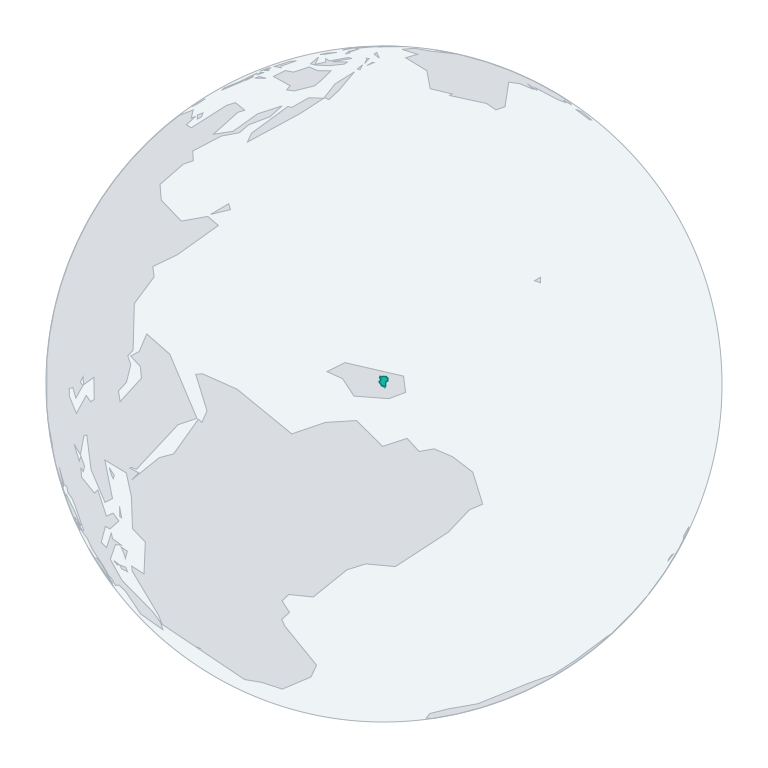 globe centered on Haute Matsiatra, rotated 264°
{"feature_id": "MDG-5873", "entity_name": "Haute Matsiatra", "entity_type": "Autonomous Province", "adm_level": 1, "iso_a3": "MDG", "parent_name": "Madagascar", "parent_adm1": "", "projection": "orthographic", "projection_center": [46.02, -21.511], "detail": "fine", "context": "on_globe", "style": "filled", "palette": "teal", "viewbox_px": 768, "rotation_deg": 264, "n_neighbors": 0, "source": "natural_earth", "source_scale": "10m", "svg_char_len": 6733}
<svg xmlns="http://www.w3.org/2000/svg" viewBox="0 0 768 768"><g transform="rotate(264 384 384)"><circle cx="384" cy="384" r="338" fill="#eef3f6" stroke="#a8b0b8"/><path d="M46.3,396.5L47.3,391.1L51.5,395.2L54.2,414.3L56.2,443.9L71.0,495.4L78.1,523.5L88.6,544.2L109.3,579.1L112.4,585.0L120.5,594.7L129.6,606.1L134.1,611.5L142.6,620.4L144.7,622.6L127.5,604.0L111.8,584.3L97.6,563.4L85.1,541.6L74.1,518.8L64.9,495.3L57.5,471.2L51.9,446.6L48.2,421.7L46.3,396.5ZM147.5,625.3L149.4,627.1L166.7,642.8L174.9,649.1L190.4,660.7L195.7,663.9L197.4,665.3L202.2,668.5L206.4,671.0L206.6,671.6L185.8,657.7L166.0,642.2L147.5,625.3ZM209.9,672.1L208.4,672.7L207.5,671.7L197.6,665.2L201.8,666.3L209.9,672.1ZM184.6,653.9L178.6,648.2L179.9,648.5L184.3,652.6L184.6,653.9ZM368.0,46.5L372.8,46.3L365.7,46.8L354.2,47.5L360.7,47.9L362.2,47.3L367.7,47.2L374.8,46.4L379.0,46.4L378.5,46.1L380.3,46.1L384.5,46.1L384.8,46.3L396.8,46.3L441.9,51.1L444.7,51.6L444.8,51.6L468.4,56.8L491.7,63.7L514.4,72.2L536.4,82.4L557.6,94.1L578.0,107.3L597.3,121.9L615.6,137.9L632.6,155.1L648.4,173.6L649.2,174.6L662.9,193.1L672.5,208.3L676.5,222.9L668.6,220.1L669.8,224.6L662.5,214.5L659.0,219.2L677.7,256.9L679.3,265.7L670.8,274.1L669.5,267.1L650.2,240.4L651.1,260.3L665.9,286.5L671.2,311.6L661.7,298.5L655.9,276.4L649.0,266.3L647.6,248.1L635.7,218.1L626.0,217.7L623.7,207.4L605.9,182.1L590.1,181.7L567.2,199.4L569.1,226.2L559.0,235.8L534.1,191.8L525.0,166.3L514.7,166.6L490.1,144.1L444.0,138.0L438.7,132.1L429.7,134.2L412.6,128.0L404.9,119.2L394.0,119.7L415.1,143.4L426.9,143.5L438.3,135.0L441.9,143.9L458.5,153.3L435.9,174.1L369.4,194.4L365.0,174.8L325.1,128.9L327.5,123.9L327.4,123.4L327.0,122.4L321.3,130.8L315.1,123.1L334.2,152.8L336.5,167.5L368.4,195.7L364.9,198.9L375.8,205.2L413.3,197.8L413.1,204.6L394.1,237.4L344.0,287.0L351.9,321.6L350.5,352.8L322.1,376.1L327.5,401.3L313.2,411.9L314.3,427.0L304.5,444.6L287.0,463.1L254.2,469.6L249.9,455.7L229.9,432.4L201.2,376.2L207.0,347.2L203.1,327.8L179.6,291.4L184.6,267.3L178.9,259.9L166.8,266.1L160.6,257.7L153.5,260.1L111.4,287.5L100.3,280.8L91.2,250.9L100.0,231.3L104.6,214.6L168.1,138.3L178.1,135.4L224.2,114.1L229.3,114.0L220.2,125.5L251.8,130.1L266.4,118.8L298.7,121.0L322.5,118.4L337.6,98.4L298.5,102.0L295.4,94.2L329.6,83.7L364.3,83.1L364.2,80.2L345.4,74.7L356.5,69.6L339.2,72.8L343.9,75.1L333.2,77.6L328.3,75.7L332.4,73.7L322.8,73.5L305.7,84.7L308.6,88.3L281.6,94.1L283.9,101.0L275.4,106.0L268.5,96.3L271.5,92.0L256.0,86.2L250.3,91.0L264.6,97.3L258.7,97.7L251.2,105.9L252.3,100.1L238.2,93.5L215.9,103.0L182.1,129.9L170.2,136.9L162.8,138.4L180.6,118.1L205.1,105.2L211.8,99.3L211.6,96.0L219.0,92.8L222.0,90.4L231.7,86.2L250.0,76.7L260.6,73.1L272.4,66.6L279.4,64.3L270.4,68.4L269.9,70.0L296.7,63.7L303.2,61.6L308.7,58.4L315.4,57.7L317.3,55.4L334.9,52.4L314.9,54.7L320.8,52.5L333.9,50.0L332.3,50.1L310.9,54.5L305.7,56.1L306.9,56.6L289.4,63.3L279.2,66.3L283.9,62.1L270.0,66.5L279.8,62.6L284.6,61.0L312.0,53.8L339.9,49.0L368.0,46.5ZM142.4,169.6L139.8,174.6L142.4,169.6ZM398.9,94.2L421.0,96.2L414.7,85.2L422.7,85.4L417.6,82.1L414.1,84.5L402.2,76.0L413.1,74.1L412.3,70.5L404.8,69.8L386.8,75.0L403.7,86.6L397.0,90.5L398.9,94.2ZM228.5,84.0L230.2,83.3L224.2,86.7L210.8,94.0L219.4,88.9L228.5,84.0ZM246.6,75.3L251.2,73.3L244.9,76.0L249.8,74.0L241.0,78.1L241.0,80.1L235.7,83.5L213.9,93.5L223.9,88.0L221.6,88.6L234.1,81.9L242.0,77.4L246.6,75.3ZM237.5,108.6L241.9,107.8L249.3,105.6L244.6,111.2L237.5,108.6ZM227.4,104.1L231.7,102.2L228.7,108.0L224.2,109.3L227.4,104.1ZM236.6,96.8L232.1,101.7L231.8,99.8L236.6,96.8ZM274.7,67.0L279.6,65.5L279.1,66.1L275.3,67.8L274.7,67.0ZM329.5,102.0L321.2,106.2L318.2,104.8L321.7,103.5L329.5,102.0ZM279.8,107.4L290.0,108.2L278.4,109.0L279.8,107.4ZM471.0,544.5L473.8,550.8L468.3,550.2L471.0,544.5ZM409.3,347.4L389.8,404.2L373.4,404.6L368.9,387.4L375.1,352.9L393.6,343.4L402.3,328.6L409.3,347.4ZM702.6,400.4L705.1,406.3L704.7,407.7L702.6,400.4ZM700.2,390.5L703.6,396.0L699.0,393.0L700.2,390.5ZM704.8,398.2L708.3,400.6L709.8,400.4L709.2,403.2L704.8,398.2ZM697.5,387.2L680.3,369.3L672.6,358.8L675.2,354.7L687.7,366.9L697.5,387.2ZM674.5,354.0L661.8,329.0L638.9,273.5L647.2,278.4L670.0,317.4L668.7,321.2L676.5,339.1L674.5,354.0ZM702.5,350.9L701.0,364.0L692.3,352.9L687.8,346.2L684.9,325.3L686.6,318.0L690.5,321.8L701.4,306.3L706.0,318.6L703.6,326.6L707.1,342.8L702.5,350.9ZM570.8,229.3L579.5,248.4L573.5,249.5L570.8,229.3ZM702.8,292.2L700.4,298.7L701.6,287.5L702.8,292.2ZM701.7,280.1L703.4,286.7L700.4,278.2L701.7,280.1ZM672.5,232.4L668.6,230.2L667.0,226.0L671.1,226.5L672.5,232.4ZM679.8,221.6L685.1,233.0L686.3,236.1L681.9,227.2L679.8,221.6ZM625.2,616.2L637.2,603.3L633.7,609.6L625.0,617.9L625.2,616.2ZM654.2,586.9L644.4,598.8L642.3,599.2L647.4,592.4L645.0,593.8L649.3,585.5L662.7,565.5L659.9,566.9L667.6,558.0L661.2,563.8L668.5,550.3L671.2,539.6L647.1,533.3L644.9,524.0L652.3,515.3L664.0,479.5L665.3,482.1L672.9,460.8L691.1,459.4L706.2,439.7L708.4,451.9L714.9,436.9L714.7,449.6L710.4,464.3L705.0,488.3L710.8,470.1L703.1,495.1L693.6,519.4L682.2,542.9L669.1,565.5L654.2,586.9ZM708.6,413.4L713.1,408.7L714.5,411.4L708.6,413.4ZM717.4,439.3L718.2,433.4L718.8,429.7L720.2,417.7L720.6,400.0L720.7,390.8L721.4,391.1L720.3,377.3L721.7,383.9L721.3,401.3L721.6,397.8L717.4,439.3ZM719.8,413.5L719.8,415.2L719.3,417.9L719.8,413.5ZM717.2,381.8L716.9,385.1L716.2,379.9L717.2,381.8ZM718.3,382.6L719.8,394.0L717.9,385.1L718.3,382.6ZM709.1,348.9L710.2,359.5L713.7,360.2L711.0,363.4L712.4,382.2L711.1,386.3L710.0,366.3L708.0,381.1L706.3,378.1L706.3,362.7L708.5,348.6L710.1,344.5L715.9,353.0L709.1,348.9ZM718.7,371.9L718.1,359.9L718.3,354.7L719.1,362.0L718.7,371.9ZM714.6,330.7L710.9,314.8L709.2,314.7L711.3,308.2L714.7,324.4L714.6,330.7ZM709.2,302.5L707.7,302.2L708.3,297.6L709.2,302.5ZM706.4,297.5L704.7,289.6L706.7,293.8L706.4,297.5ZM710.3,305.0L708.0,293.1L710.4,302.2L710.3,305.0ZM699.8,272.0L706.7,290.7L700.3,276.8L693.1,253.2L695.3,256.4L699.8,272.0Z" fill="#d9dde1" stroke="#a8b0b8" stroke-width="1"/><path d="M382.6,385.6L382.1,385.5L381.2,384.9L381.3,384.9L381.4,384.7L381.5,384.6L381.5,384.4L381.4,384.0L381.5,383.8L381.5,383.7L381.4,383.6L381.6,383.2L381.7,382.9L381.8,382.9L381.9,382.7L382.0,382.7L382.3,382.5L382.5,382.5L382.5,382.4L382.6,382.2L382.5,381.5L382.5,381.4L382.7,381.2L383.4,381.2L384.1,380.8L384.8,380.6L385.3,380.2L385.7,379.7L386.2,379.5L386.6,379.6L387.1,379.5L387.3,379.9L387.8,380.8L388.6,381.3L389.3,381.3L389.7,380.7L390.6,380.3L391.0,380.5L391.2,380.9L391.9,380.9L391.7,382.0L391.4,382.7L391.5,383.1L391.7,383.7L391.4,385.4L391.2,386.2L390.9,386.7L391.1,387.1L390.3,387.6L389.7,387.9L389.3,388.5L388.6,388.2L388.1,388.2L387.4,388.2L386.8,388.1L386.4,387.6L386.3,386.9L386.1,386.4L385.1,385.8L384.1,385.6L383.3,385.5L382.6,385.6Z" fill="#14b8a6" stroke="#0f766e" stroke-width="1.5"/></g></svg>